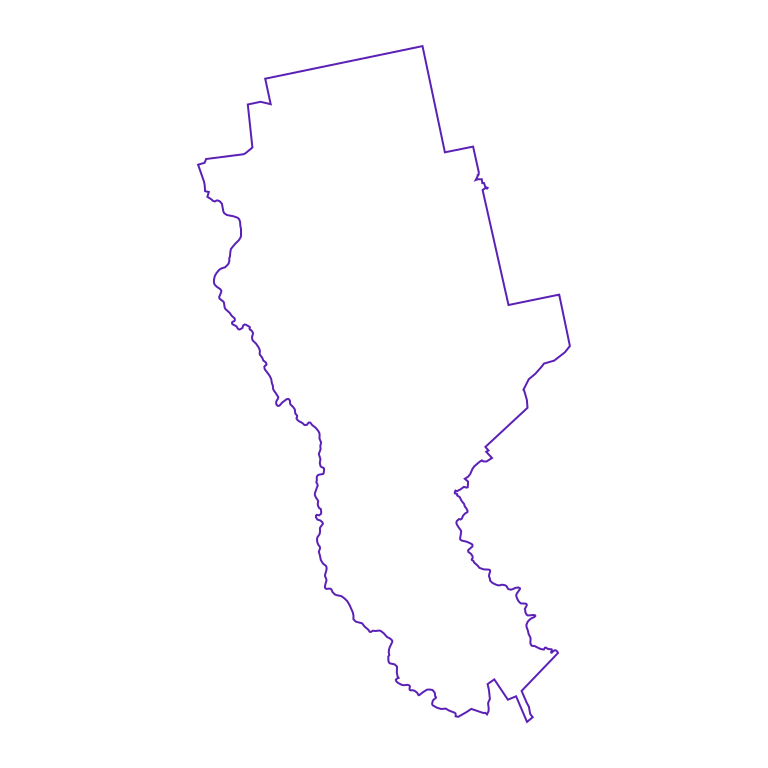 Mazzalves pag., Neretas, Latvia
{"feature_id": "27541924B89627851604183", "entity_name": "Mazzalves pag.", "entity_type": "district", "adm_level": 2, "iso_a3": "LVA", "parent_name": "Latvia", "parent_adm1": "Neretas", "projection": "orthographic", "projection_center": [24.992, 56.383], "detail": "fine", "context": "isolated", "style": "outline", "palette": "violet", "viewbox_px": 768, "rotation_deg": 0, "n_neighbors": 0, "source": "geoboundaries", "source_scale": "gbopen_adm2", "svg_char_len": 6125}
<svg xmlns="http://www.w3.org/2000/svg" viewBox="0 0 768 768"><path d="M527.0,721.9L532.7,717.2L530.2,713.9L528.9,706.8L526.7,702.7L521.6,690.9L557.9,653.1L557.9,652.5L556.4,650.7L555.3,650.2L554.1,650.5L552.1,652.4L551.4,652.7L551.1,652.1L551.9,650.2L551.6,649.3L548.0,649.0L545.7,647.5L544.9,647.8L543.9,649.5L542.5,649.4L539.7,648.6L534.7,646.1L532.0,645.8L531.1,645.0L530.3,643.0L530.6,639.1L530.4,637.5L528.6,634.0L528.0,631.0L526.5,626.7L526.4,624.8L527.6,621.9L528.9,620.4L530.9,618.6L534.4,617.0L535.3,616.1L535.3,615.7L535.0,615.3L533.4,615.0L528.0,615.5L526.6,614.7L525.3,612.1L525.4,610.9L524.8,609.0L526.6,605.7L526.8,604.9L526.4,604.0L525.4,603.6L520.9,603.4L519.6,602.4L518.0,600.4L516.4,596.6L516.2,595.2L516.9,593.4L519.8,589.3L520.0,588.8L519.8,588.1L518.4,587.5L515.1,587.9L513.5,588.9L510.8,589.7L508.4,589.1L507.7,588.3L506.5,586.1L505.0,585.2L502.0,584.7L499.8,585.3L498.1,585.3L496.3,584.8L492.6,583.0L490.3,580.9L490.0,580.0L490.0,578.9L489.0,576.3L489.1,574.8L490.2,571.2L489.9,570.1L488.9,569.6L483.8,569.4L479.5,567.9L477.4,565.4L474.2,562.6L473.4,560.9L471.9,560.0L471.7,559.4L472.6,558.1L472.7,557.4L472.3,555.7L470.7,553.6L468.4,552.0L468.1,550.6L468.5,549.8L472.2,546.7L472.5,545.9L472.4,544.6L471.3,543.8L466.7,541.7L461.9,540.6L460.6,539.9L460.2,539.3L460.1,538.5L461.2,531.5L461.0,530.7L457.8,526.1L456.4,523.4L456.5,521.8L457.0,520.8L459.1,519.0L460.6,519.5L461.7,518.8L463.1,515.6L465.1,513.5L467.4,512.1L467.6,510.9L466.2,508.1L464.8,506.5L464.1,504.0L461.6,500.9L459.7,497.1L457.2,495.5L457.2,494.2L456.8,493.9L455.0,493.4L454.7,492.3L455.5,490.6L456.8,491.2L460.5,489.4L463.8,486.9L464.8,487.0L465.9,487.6L467.7,487.3L468.1,481.6L464.8,478.8L468.1,476.7L470.2,474.1L472.5,468.8L474.3,466.3L479.6,461.8L481.7,460.5L481.8,460.9L483.8,461.4L486.5,461.5L492.0,458.0L486.2,451.8L488.5,450.5L485.4,446.9L527.5,407.8L526.9,400.0L524.1,390.4L523.4,389.8L528.8,379.2L535.2,373.9L541.8,366.5L543.9,363.6L554.2,360.6L564.9,352.3L569.9,346.0L559.3,295.1L558.8,295.2L558.8,294.7L508.5,305.0L482.6,190.0L485.1,188.2L487.2,188.5L487.6,187.9L485.4,186.9L483.9,183.0L482.3,183.1L481.8,179.3L477.9,179.2L475.7,180.0L477.9,175.7L477.7,175.1L478.6,174.7L478.8,172.3L473.1,146.6L444.9,152.3L422.5,46.1L265.2,78.7L270.7,104.2L260.6,101.8L247.8,104.5L252.4,147.5L245.8,153.0L243.8,154.2L206.1,159.0L204.6,162.8L198.1,164.7L204.0,181.6L204.7,185.3L205.1,191.2L208.8,192.0L207.4,196.8L211.6,199.5L212.7,200.7L214.8,201.5L216.4,200.6L217.6,200.4L219.9,201.4L221.9,203.7L223.4,211.6L224.3,213.3L226.9,215.0L233.6,216.3L237.7,217.8L239.2,219.3L240.1,222.0L240.4,226.4L241.0,228.8L241.0,236.2L240.3,237.9L238.9,240.1L234.9,244.1L230.9,249.0L230.3,252.3L230.0,256.2L229.3,258.3L229.3,261.1L228.8,263.0L227.8,264.6L225.1,267.3L221.5,268.4L219.3,269.7L216.5,273.1L215.2,275.3L214.5,277.1L213.9,280.5L214.0,282.7L214.6,284.5L216.8,286.8L220.0,288.9L221.3,290.6L221.2,292.1L219.2,296.9L219.2,297.5L219.6,298.7L223.5,301.7L224.0,302.9L224.6,307.3L225.4,309.0L229.6,312.8L231.8,315.9L234.6,318.3L234.8,318.9L234.8,320.4L234.2,321.2L232.7,321.7L232.3,322.1L232.0,323.0L232.4,324.2L236.3,326.2L238.2,329.1L239.7,329.5L242.4,328.0L243.0,325.9L243.5,325.1L244.7,324.5L246.2,324.9L249.7,326.9L249.9,327.5L249.5,328.7L249.9,329.6L251.2,330.2L252.5,332.0L253.1,333.4L252.0,337.0L252.3,339.5L252.9,340.6L256.1,343.7L258.6,347.4L259.8,350.3L259.9,351.9L259.6,353.4L259.9,354.6L262.2,357.7L263.3,360.5L265.7,362.3L266.2,363.2L266.5,364.4L266.3,365.0L264.9,365.8L264.4,366.5L264.4,367.7L264.8,369.3L269.4,375.4L270.7,377.9L271.2,379.0L272.0,383.7L272.8,385.3L273.1,388.9L274.1,390.9L275.8,393.1L278.3,397.2L277.9,398.7L276.3,401.3L276.1,403.2L276.7,405.0L277.9,405.9L278.8,405.9L279.9,405.2L282.1,402.6L286.8,399.1L288.5,399.0L289.3,399.7L290.0,401.0L290.0,403.0L290.5,404.5L293.2,407.1L294.8,409.4L295.3,413.5L297.1,415.6L297.1,416.9L296.5,418.0L296.5,418.5L297.6,420.1L298.8,421.1L302.4,423.0L304.0,424.6L304.8,425.1L306.9,424.8L308.6,422.6L310.3,422.6L312.3,425.2L315.5,427.6L318.3,431.0L319.2,432.7L319.6,434.5L319.5,438.7L321.1,442.4L320.3,446.1L320.6,449.2L318.8,453.9L320.4,459.1L319.8,463.1L320.5,466.1L321.4,467.0L323.7,468.0L324.0,468.6L324.1,469.8L323.7,473.0L323.1,474.0L318.8,474.7L317.7,475.4L316.9,476.6L316.7,477.6L316.9,480.1L316.3,482.3L317.4,484.1L317.7,485.4L315.0,492.9L314.8,494.2L314.9,495.1L315.7,497.1L318.1,500.8L318.2,501.7L317.7,503.9L318.0,505.7L319.1,508.0L320.8,509.0L321.2,511.9L321.1,513.5L320.6,514.2L319.1,515.3L316.7,514.9L316.0,515.6L315.9,517.1L317.3,519.5L320.4,520.5L322.4,522.3L322.9,523.2L322.8,524.0L320.2,527.4L319.9,528.7L320.1,531.2L319.7,533.7L319.2,534.8L317.5,537.1L317.1,538.6L317.0,539.8L317.5,542.9L318.4,545.0L319.5,546.1L320.0,547.6L320.0,548.5L318.8,551.8L319.8,555.0L320.8,560.0L323.1,563.7L325.9,565.8L326.5,567.1L326.6,569.3L325.0,575.1L325.1,576.4L326.1,578.7L326.5,580.5L325.4,584.1L325.0,586.6L325.1,587.9L326.2,588.9L329.7,588.6L330.9,588.9L331.5,589.6L332.5,592.0L334.6,594.2L336.3,595.1L341.3,596.1L344.6,598.5L347.2,601.1L349.5,604.9L352.8,612.4L353.5,615.6L353.4,619.1L355.3,621.2L356.3,621.8L362.1,623.3L364.6,626.6L368.0,629.4L369.8,631.9L371.0,631.9L372.9,630.7L375.6,631.0L379.3,630.5L381.1,631.2L384.0,633.5L386.9,636.9L390.2,638.6L391.9,640.2L392.3,640.9L392.2,642.1L389.7,647.3L389.0,649.7L388.7,652.2L389.3,655.0L388.3,656.6L388.4,660.6L388.9,662.4L389.8,663.3L394.7,664.4L396.9,666.5L397.0,667.5L396.8,672.5L397.5,676.2L398.6,677.9L396.8,678.7L395.8,679.9L396.5,681.6L398.2,683.0L402.1,685.0L404.0,685.2L407.4,684.8L409.3,685.4L409.9,686.5L409.5,688.9L409.9,690.1L410.7,690.4L412.9,690.2L414.7,690.9L417.0,692.6L418.6,695.2L419.4,695.0L422.7,692.4L426.9,689.7L429.4,689.5L432.5,690.0L434.6,692.5L434.9,693.6L435.1,696.0L436.0,697.3L435.9,697.8L433.5,699.8L432.7,701.1L432.1,703.9L432.4,704.8L433.0,705.5L436.9,707.7L441.1,709.0L445.8,708.6L448.7,710.4L454.6,712.7L455.5,713.5L455.7,714.8L455.6,716.3L458.2,716.8L466.5,712.1L471.3,708.9L483.3,713.0L485.3,712.8L487.0,714.4L488.5,711.3L488.7,708.6L488.1,703.6L488.3,702.4L489.9,698.9L488.9,689.8L487.6,684.1L494.3,679.4L507.9,699.7L516.1,696.3L527.0,721.9Z" fill="none" stroke="#5b21b6" stroke-width="2"/></svg>